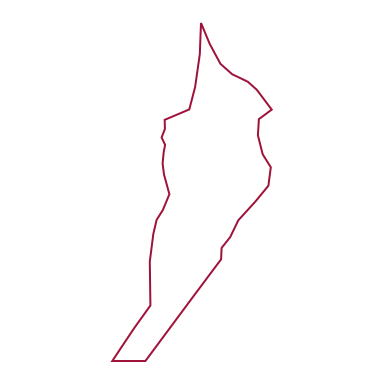 outline of Mukono
{"feature_id": "UGA-3075", "entity_name": "Mukono", "entity_type": "District", "adm_level": 1, "iso_a3": "UGA", "parent_name": "Uganda", "parent_adm1": "", "projection": "robinson", "projection_center": [32.781, 0.341], "detail": "fine", "context": "isolated", "style": "outline", "palette": "rose", "viewbox_px": 384, "rotation_deg": 0, "n_neighbors": 0, "source": "natural_earth", "source_scale": "10m", "svg_char_len": 586}
<svg xmlns="http://www.w3.org/2000/svg" viewBox="0 0 384 384"><path d="M201.0,23.0L209.8,44.1L220.5,63.9L232.1,74.2L247.9,81.8L256.9,89.9L271.7,109.6L258.9,119.1L257.9,135.3L262.7,154.3L270.8,167.3L268.4,185.7L255.5,201.4L238.3,220.3L230.2,237.1L221.6,247.9L221.1,259.3L195.2,293.9L145.4,361.0L112.3,361.0L120.9,348.0L134.2,328.1L150.4,305.5L149.8,261.5L153.3,234.1L156.6,219.9L162.9,209.9L169.4,194.2L164.0,174.5L162.6,163.5L163.7,152.2L165.1,144.8L161.6,137.5L164.9,129.0L164.7,119.8L189.3,109.4L195.1,87.1L199.8,54.2L201.0,23.0Z" fill="none" stroke="#9f1239" stroke-width="2"/></svg>